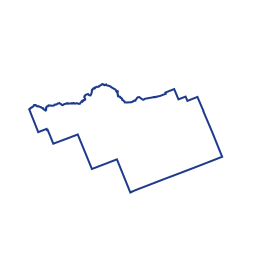 the district of Bragado, Buenos Aires, Argentina, rotated 295°
{"feature_id": "61730980B17981427769766", "entity_name": "Bragado", "entity_type": "district", "adm_level": 2, "iso_a3": "ARG", "parent_name": "Argentina", "parent_adm1": "Buenos Aires", "projection": "natural_earth1", "projection_center": [-60.56, -35.028], "detail": "fine", "context": "isolated", "style": "outline", "palette": "blue", "viewbox_px": 256, "rotation_deg": 295, "n_neighbors": 0, "source": "geoboundaries", "source_scale": "gbopen_adm2", "svg_char_len": 5340}
<svg xmlns="http://www.w3.org/2000/svg" viewBox="0 0 256 256"><g transform="rotate(295 128 128)"><path d="M141.7,225.5L147.3,219.5L160.1,205.8L174.9,189.3L175.2,189.3L185.5,177.8L177.7,170.4L180.8,166.9L175.3,161.6L182.8,153.4L175.9,146.9L175.0,147.8L170.4,143.3L168.3,140.4L168.1,140.5L167.2,138.7L167.0,138.9L166.3,137.6L161.5,130.8L161.3,130.7L160.6,130.4L160.4,130.2L160.0,129.9L160.0,129.5L160.0,129.0L160.1,128.6L160.2,128.0L160.2,127.6L160.4,127.0L160.5,126.7L160.5,126.3L160.6,125.8L160.7,125.6L160.8,125.3L160.8,124.9L160.2,124.4L159.7,123.7L159.4,123.5L158.6,123.5L158.1,123.4L157.8,123.4L157.1,123.0L156.8,122.9L156.3,123.2L155.9,123.1L155.6,122.9L155.5,122.7L155.4,122.5L155.3,122.1L155.2,121.8L155.0,121.7L154.7,121.7L154.4,121.6L154.2,121.2L153.9,121.0L153.6,120.9L153.4,120.8L153.3,120.5L153.2,120.4L152.8,120.2L152.7,119.9L152.4,119.5L152.2,119.0L152.0,118.8L151.9,118.5L151.6,118.1L151.5,117.8L151.4,117.5L151.3,117.4L151.0,116.9L150.8,116.6L150.8,116.3L150.4,115.8L150.3,115.3L150.2,115.0L150.1,114.7L149.9,114.4L149.8,114.2L150.6,113.5L150.6,113.3L150.6,112.9L150.8,112.4L151.0,112.2L151.0,111.9L151.1,111.6L151.0,111.3L150.9,111.0L151.1,110.8L151.4,110.8L151.7,110.4L152.1,110.0L152.3,109.5L152.4,109.3L152.2,108.9L152.1,108.6L152.4,108.3L152.8,108.0L152.9,107.8L153.0,107.6L152.9,107.3L152.7,107.1L152.6,106.9L152.6,106.7L152.8,106.4L152.5,105.9L152.5,105.6L152.8,105.3L153.1,105.1L153.4,104.9L153.8,104.9L154.0,104.8L154.1,104.5L154.3,104.3L154.5,104.3L154.9,104.2L155.6,103.6L156.0,103.4L156.3,103.4L156.6,103.4L156.8,103.4L157.0,103.1L156.3,102.6L156.2,102.6L155.9,102.5L156.1,102.2L156.3,102.1L156.5,101.9L156.5,101.6L157.1,101.3L157.2,101.1L157.3,100.7L157.6,100.0L157.6,99.7L157.5,98.9L157.5,98.7L157.7,98.4L157.8,97.7L157.7,97.4L157.7,96.8L157.9,96.3L158.0,96.0L158.0,95.6L157.9,95.4L158.0,94.9L158.2,94.7L158.3,94.2L158.3,93.9L158.2,93.7L158.3,93.4L158.2,93.1L158.1,92.8L158.1,92.5L158.1,92.1L158.0,91.9L157.8,91.6L157.7,91.4L157.7,90.9L157.8,90.5L158.2,89.8L157.6,89.6L157.4,89.4L157.3,88.8L157.0,88.7L156.8,88.6L156.8,88.4L156.9,88.1L156.8,87.6L157.0,87.5L157.1,87.4L157.1,87.2L157.1,86.8L157.1,86.6L157.0,86.2L156.8,86.0L156.6,85.8L156.3,85.7L156.0,85.7L155.8,85.6L155.4,85.3L155.0,85.1L154.7,85.0L154.6,84.9L154.5,84.5L154.3,84.4L154.1,84.2L153.9,84.1L153.5,84.2L153.2,84.1L153.1,83.9L152.4,83.2L152.3,82.6L151.9,81.9L151.6,81.7L151.1,81.6L150.9,81.5L150.6,80.9L150.3,81.1L149.9,81.2L149.6,81.1L149.3,80.7L149.3,80.4L149.3,79.9L148.7,79.6L147.9,79.4L147.7,79.3L147.3,79.7L146.9,79.6L146.5,79.4L146.2,79.5L145.9,79.8L145.6,80.0L144.3,80.1L143.7,80.3L143.4,80.4L143.2,80.3L142.9,80.2L142.7,80.2L142.2,80.2L141.9,80.3L141.6,80.2L141.4,79.2L141.3,78.7L141.6,78.1L141.7,77.8L141.9,77.4L141.7,77.2L141.3,76.9L141.2,76.7L140.8,76.2L140.7,76.0L140.4,75.9L139.9,75.6L139.5,75.5L139.3,75.3L138.7,75.2L138.3,75.4L138.0,75.3L137.7,75.2L137.3,75.5L136.9,76.1L136.7,76.4L136.3,76.9L136.0,77.1L135.5,77.2L135.3,76.9L135.1,76.6L134.7,76.1L134.4,76.0L134.1,76.2L133.8,76.1L133.8,75.8L133.6,75.7L133.3,75.7L133.1,75.6L132.9,75.6L132.6,75.5L132.7,75.3L133.0,75.2L133.2,74.9L132.7,74.7L132.5,74.8L132.2,74.9L132.1,74.7L131.7,74.6L131.4,74.5L131.1,74.3L130.8,74.3L130.5,74.3L130.3,74.3L129.8,74.1L129.6,74.1L129.4,73.8L129.1,73.1L129.0,72.9L128.9,72.6L129.0,72.1L129.0,71.8L129.0,71.4L128.4,70.7L128.2,70.4L128.2,70.2L127.9,69.9L127.7,69.7L127.5,69.0L127.6,68.8L127.8,68.4L127.8,68.2L127.6,67.9L127.3,67.9L127.0,67.9L126.9,67.6L127.0,67.3L126.8,67.1L126.6,67.1L126.5,66.9L126.6,66.5L126.6,66.3L126.3,66.1L126.1,66.0L125.9,65.8L125.8,65.6L125.7,65.3L125.6,65.0L125.4,64.2L125.3,63.9L124.8,63.6L124.7,63.4L124.5,63.2L124.6,62.9L124.8,62.7L124.8,62.4L124.6,62.4L124.4,62.4L124.1,62.0L123.9,61.6L123.8,61.3L123.4,61.0L123.2,60.9L123.0,60.4L122.4,59.9L122.1,59.8L122.0,59.6L121.8,59.5L121.4,59.4L121.2,59.3L121.0,58.7L120.9,58.4L121.0,58.0L121.1,57.8L121.4,57.1L121.4,56.8L121.5,56.3L121.4,56.0L121.3,55.8L121.3,55.6L121.5,55.5L121.6,55.3L121.6,55.2L121.2,55.0L120.9,54.7L120.7,54.4L120.6,54.0L119.3,53.4L119.0,52.9L118.8,52.8L118.7,52.6L118.2,52.0L118.2,51.7L117.7,51.6L117.4,51.5L117.0,51.3L117.0,51.2L116.9,51.1L116.7,50.8L116.5,50.6L116.4,50.3L116.3,50.0L115.9,49.3L115.8,49.2L115.8,48.7L115.6,48.4L115.6,48.1L115.5,47.9L115.3,47.8L115.3,47.5L115.2,47.2L114.9,46.9L115.0,46.5L114.8,46.3L114.6,46.2L114.3,46.1L114.0,46.2L113.7,46.2L113.4,45.7L113.1,45.3L112.7,45.2L112.2,45.2L111.6,45.5L111.0,45.2L110.8,45.3L110.9,45.6L110.5,45.9L110.0,46.1L109.6,46.2L109.4,46.2L109.2,46.2L108.9,45.9L109.5,42.9L109.7,42.6L109.8,42.5L110.1,42.4L110.1,42.2L109.9,41.6L109.9,41.3L109.9,41.2L110.0,40.6L109.9,40.5L110.1,40.0L109.9,39.4L109.9,39.1L109.9,38.9L109.8,38.3L109.9,38.0L110.0,37.7L109.8,37.4L109.6,37.2L109.2,36.6L109.2,36.3L109.3,35.7L109.7,35.4L109.6,34.9L109.7,34.7L109.6,34.4L109.7,34.2L109.6,33.9L109.3,33.3L109.2,33.2L109.0,33.3L108.8,33.4L108.4,33.4L107.7,32.9L107.3,32.9L107.2,32.8L107.1,32.7L106.5,32.3L106.2,32.3L106.0,32.2L106.0,31.9L105.8,31.8L105.5,31.7L105.2,31.4L104.6,31.4L104.4,31.3L104.3,31.0L104.0,30.8L103.8,30.7L103.6,30.6L103.4,30.7L103.2,30.6L98.4,35.6L95.6,38.6L86.3,48.4L92.8,54.6L91.9,55.5L92.3,56.0L88.4,60.3L82.2,66.9L93.6,78.1L100.9,85.2L75.6,112.6L83.9,120.6L94.9,131.2L70.5,157.4L71.2,158.1L71.4,157.9L77.1,163.2L95.8,181.2L121.1,205.8L141.7,225.5Z" fill="none" stroke="#1e3a8a" stroke-width="2"/></g></svg>